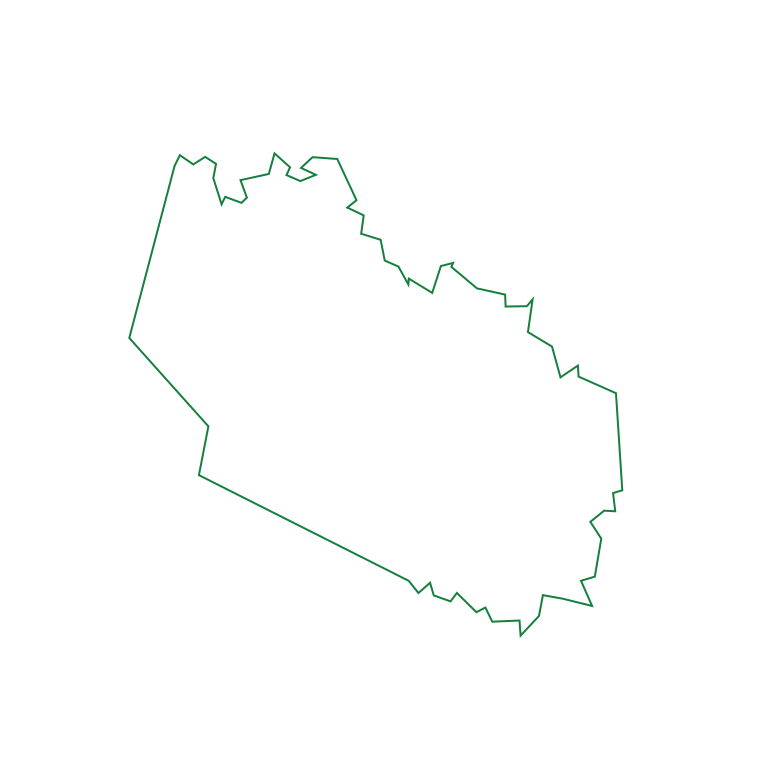 Grayson, Kentucky, United States of America, rotated 30°
{"feature_id": "52423323B38332409828976", "entity_name": "Grayson", "entity_type": "district", "adm_level": 2, "iso_a3": "USA", "parent_name": "United States of America", "parent_adm1": "Kentucky", "projection": "mercator", "projection_center": [-86.327, 37.472], "detail": "fine", "context": "isolated", "style": "outline", "palette": "green", "viewbox_px": 768, "rotation_deg": 30, "n_neighbors": 0, "source": "geoboundaries", "source_scale": "gbopen_adm2", "svg_char_len": 1015}
<svg xmlns="http://www.w3.org/2000/svg" viewBox="0 0 768 768"><g transform="rotate(30 384 384)"><path d="M550.3,539.0L551.6,528.5L578.1,535.4L583.6,526.9L596.6,535.7L619.6,521.1L628.1,533.6L634.2,507.4L627.2,487.4L646.3,480.5L675.2,472.2L653.0,455.9L662.9,445.4L649.5,409.3L631.6,400.2L638.0,383.6L647.9,378.6L636.9,363.9L643.5,356.9L589.5,276.0L548.8,280.3L542.7,271.1L533.5,290.0L510.8,267.6L482.7,267.1L470.4,236.4L468.8,245.2L450.6,256.1L444.2,246.0L416.7,254.7L383.8,248.9L383.3,244.6L374.3,253.4L380.2,281.0L352.8,280.3L355.3,285.6L337.8,275.1L322.9,276.7L309.0,260.8L289.1,265.3L282.1,248.1L264.0,249.6L268.3,238.6L231.0,212.5L208.7,223.3L204.1,238.4L220.4,236.9L210.1,250.1L195.1,251.8L194.3,243.3L173.9,239.0L179.2,259.7L157.8,279.2L172.1,291.2L170.0,298.4L152.9,301.3L153.5,309.6L133.2,291.0L128.5,277.4L115.6,276.7L109.0,289.2L92.8,287.9L93.6,299.9L140.4,471.5L253.1,508.5L269.3,555.5L503.8,542.1L518.3,547.8L523.3,533.1L532.8,542.2L550.3,539.0Z" fill="none" stroke="#15803d" stroke-width="2"/></g></svg>